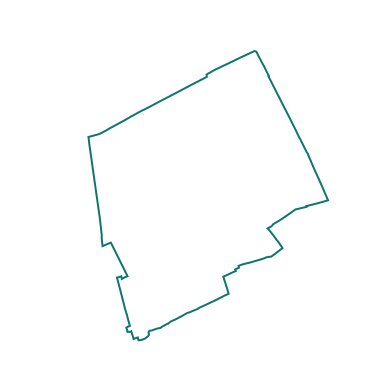 outline of Seaca De Camp, Dolj, Romania, rotated 325°
{"feature_id": "2599482B71679844083727", "entity_name": "Seaca De Camp", "entity_type": "district", "adm_level": 2, "iso_a3": "ROU", "parent_name": "Romania", "parent_adm1": "Dolj", "projection": "natural_earth1", "projection_center": [23.204, 43.942], "detail": "fine", "context": "isolated", "style": "outline", "palette": "teal", "viewbox_px": 384, "rotation_deg": 325, "n_neighbors": 0, "source": "geoboundaries", "source_scale": "gbopen_adm2", "svg_char_len": 3065}
<svg xmlns="http://www.w3.org/2000/svg" viewBox="0 0 384 384"><g transform="rotate(325 192 192)"><path d="M198.9,96.9L198.3,96.7L193.0,96.1L188.6,95.6L185.2,95.2L183.5,95.1L180.4,94.8L177.8,94.6L176.4,94.4L164.9,93.1L161.4,92.7L156.5,92.3L154.3,92.0L150.6,91.6L149.7,91.4L149.4,91.4L149.2,91.3L143.5,89.3L139.0,87.6L138.8,87.5L135.6,93.4L101.1,161.3L94.1,174.1L93.5,175.4L91.8,177.6L87.7,185.0L95.7,186.7L96.5,186.9L90.9,224.0L87.8,223.3L84.7,223.0L85.7,220.5L85.0,220.3L81.5,219.1L81.3,219.5L80.3,222.3L77.5,229.8L73.5,240.5L71.3,246.3L70.8,247.6L69.8,250.3L68.2,255.3L67.5,257.1L64.3,266.1L62.9,265.8L62.3,265.6L62.0,265.5L61.7,265.5L60.2,265.6L59.7,268.0L59.3,268.6L58.9,269.2L58.9,269.5L59.1,269.8L59.3,269.9L59.6,270.0L60.1,270.3L60.3,270.4L60.7,270.8L61.1,271.0L61.5,271.2L62.3,271.3L61.8,273.1L61.1,275.1L60.6,276.9L60.1,278.1L59.8,278.9L61.5,279.3L63.6,279.9L64.2,280.1L63.7,281.2L63.2,282.5L63.2,282.9L65.2,283.9L66.1,284.3L66.5,284.4L67.9,284.8L68.6,284.9L69.1,285.0L69.5,285.1L69.9,285.1L70.5,285.1L70.8,285.1L71.6,285.0L72.7,285.0L73.2,284.9L73.8,284.8L74.4,284.5L74.7,284.4L74.9,284.1L75.3,283.4L75.7,282.4L76.0,281.9L76.7,281.5L77.4,281.5L78.0,281.6L78.4,281.7L78.8,281.9L79.1,282.1L79.6,282.4L80.0,282.5L80.5,282.6L81.7,282.9L82.4,283.1L85.5,284.0L86.3,284.4L86.8,284.6L87.2,284.9L87.6,285.0L88.1,285.2L88.5,285.2L88.9,285.2L90.4,285.2L91.9,285.4L93.4,285.5L95.4,285.8L96.2,285.9L96.7,286.1L97.3,286.1L98.0,286.1L98.5,286.0L99.3,286.0L99.9,285.9L100.8,286.0L102.0,286.2L102.9,286.4L103.4,286.5L104.0,286.7L106.8,287.1L114.4,288.0L117.2,288.2L118.9,288.5L120.5,288.9L121.2,289.3L124.1,289.8L129.9,291.1L130.6,290.9L152.0,294.6L154.6,294.9L159.7,295.6L163.5,296.5L165.4,291.2L169.1,279.3L170.1,279.5L175.3,280.5L178.4,281.0L182.6,281.8L182.9,280.2L183.4,280.2L186.1,280.8L187.0,281.0L187.7,279.2L189.3,279.6L190.5,279.9L192.5,280.5L196.7,282.1L198.5,282.9L199.7,283.3L200.6,283.6L213.2,287.8L214.2,288.0L214.7,288.0L215.0,288.0L215.3,288.1L215.8,288.3L216.6,288.7L218.3,289.5L219.9,290.4L223.5,290.3L234.0,289.9L234.1,283.0L233.9,280.5L233.8,274.4L233.4,268.5L233.3,267.2L233.0,265.2L237.4,265.7L238.1,265.6L238.7,265.4L239.3,265.2L239.7,265.0L240.5,265.0L249.2,265.6L263.7,265.7L266.6,265.6L267.7,266.0L277.1,269.8L277.7,269.9L277.7,269.2L287.9,273.1L297.0,276.3L298.7,276.8L302.8,256.8L305.5,242.3L306.8,236.1L308.4,228.5L308.8,227.2L308.8,225.3L311.1,209.8L311.1,208.6L312.2,202.5L314.5,187.1L318.7,157.1L320.6,143.8L321.0,141.2L321.5,141.2L322.4,134.9L323.1,130.4L323.7,124.8L323.9,123.6L324.2,120.8L324.7,117.1L325.1,114.8L325.1,114.2L325.0,113.8L324.9,113.4L324.5,113.0L324.0,112.4L322.4,112.1L315.2,110.8L308.4,109.6L303.4,108.8L296.1,107.6L294.9,107.4L292.3,107.0L289.1,106.4L287.3,106.1L284.8,105.7L283.0,105.4L281.2,105.1L279.0,104.8L276.8,104.7L275.2,104.5L274.3,104.4L273.6,104.3L273.0,104.2L272.2,104.2L271.7,104.2L271.4,104.2L271.1,104.4L271.0,104.7L270.7,105.2L270.7,105.4L270.6,105.5L270.4,105.8L270.1,106.2L253.4,103.9L235.0,101.6L225.0,100.3L214.3,98.9L206.1,97.9L198.9,96.9Z" fill="none" stroke="#0f766e" stroke-width="2"/></g></svg>